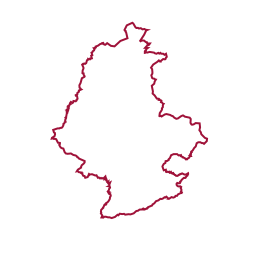 San Cristóbal de la Barranca, Jalisco, Mexico, rotated 233°
{"feature_id": "50627088B30385640574129", "entity_name": "San Cristóbal de la Barranca", "entity_type": "district", "adm_level": 2, "iso_a3": "MEX", "parent_name": "Mexico", "parent_adm1": "Jalisco", "projection": "equal_earth", "projection_center": [-103.519, 21.046], "detail": "fine", "context": "isolated", "style": "outline", "palette": "rose", "viewbox_px": 256, "rotation_deg": 233, "n_neighbors": 0, "source": "geoboundaries", "source_scale": "gbopen_adm2", "svg_char_len": 5750}
<svg xmlns="http://www.w3.org/2000/svg" viewBox="0 0 256 256"><g transform="rotate(233 128 128)"><path d="M206.2,129.5L203.1,128.8L202.3,128.2L201.3,126.5L199.3,124.7L198.3,125.4L197.6,124.7L195.4,124.5L195.1,124.0L195.5,121.1L192.5,117.2L191.4,114.9L189.4,113.6L188.3,113.8L188.0,113.5L186.9,113.9L187.5,111.3L186.5,110.6L186.5,108.7L185.4,107.8L185.7,106.0L185.2,105.8L184.7,106.6L184.1,106.5L181.7,105.3L181.5,103.8L180.9,103.5L180.8,102.3L182.4,100.7L181.4,99.5L181.4,98.7L183.2,98.1L182.7,96.5L182.2,96.0L181.6,96.3L181.6,93.0L181.3,92.6L180.5,93.3L180.2,92.6L179.5,92.7L179.2,92.1L179.5,90.6L179.0,90.4L179.1,90.0L178.7,90.2L178.6,89.8L178.2,90.2L178.0,89.8L177.8,90.3L177.0,89.1L177.0,88.5L176.5,88.4L176.4,87.8L174.1,85.3L173.9,84.3L173.2,84.5L172.1,82.5L170.5,81.9L170.8,81.0L170.0,79.9L170.2,79.0L168.9,77.8L168.1,75.9L168.1,75.1L168.9,73.9L168.9,73.1L170.1,71.4L171.5,67.1L169.0,66.2L168.0,66.6L166.8,65.9L165.7,64.4L165.9,61.4L165.4,60.7L164.8,61.9L164.2,62.4L163.8,62.3L163.1,63.4L162.3,63.9L158.4,63.2L157.1,64.6L156.2,64.0L155.9,62.9L154.8,62.7L153.0,62.5L151.7,63.0L150.5,64.0L146.9,62.9L145.1,63.0L143.7,64.3L142.0,67.1L139.4,68.1L137.5,69.7L136.2,70.1L135.2,69.9L134.4,70.5L133.2,70.4L127.7,73.5L126.6,72.6L126.2,71.0L126.1,68.6L125.2,67.1L124.6,66.7L124.9,62.9L124.2,61.1L123.8,61.9L122.4,62.1L120.4,64.1L120.1,63.6L119.3,64.2L119.1,63.8L116.7,63.5L115.8,64.4L114.0,63.9L113.1,66.2L113.6,66.9L113.7,68.3L114.6,68.7L114.8,69.2L113.9,69.4L112.7,71.5L109.7,73.3L109.2,74.4L106.4,74.0L106.1,74.9L104.5,75.3L104.4,76.4L103.3,76.8L103.2,77.6L102.5,78.0L102.9,80.8L101.8,80.3L101.1,78.8L100.7,79.8L100.1,79.3L99.7,79.8L98.9,79.1L97.9,79.5L97.4,78.9L97.1,79.1L97.1,80.0L96.3,79.1L96.3,78.1L95.9,79.4L95.4,79.2L95.2,80.9L94.0,79.0L93.1,78.5L93.2,77.6L92.7,78.2L91.7,77.6L91.4,77.9L91.1,77.7L90.9,76.5L90.0,75.5L89.5,73.8L87.9,74.6L88.1,73.4L86.6,73.3L85.9,74.1L84.5,73.6L83.9,72.9L83.6,72.0L82.3,70.8L81.3,68.4L81.0,66.9L81.2,65.4L80.3,64.9L80.1,64.1L80.9,63.8L80.8,62.8L79.7,61.1L79.5,60.1L79.1,60.0L78.8,57.4L77.6,56.1L76.5,55.7L76.2,55.0L73.4,54.8L72.5,53.0L71.3,54.4L71.4,55.6L70.5,56.9L68.6,58.3L68.0,59.3L65.9,60.8L64.8,64.1L65.0,67.4L64.1,67.8L64.5,69.8L62.7,71.6L61.8,73.2L60.5,73.6L58.8,76.6L57.5,78.0L56.4,81.2L56.7,84.7L55.9,86.2L55.9,88.1L54.6,90.0L54.6,90.9L53.9,90.9L53.1,91.9L53.6,92.2L53.0,92.5L52.5,94.2L52.2,94.4L52.6,95.2L52.3,95.8L52.7,96.3L51.6,100.7L52.2,101.6L52.0,103.6L52.7,106.4L51.9,108.7L52.0,111.2L51.2,111.9L50.7,113.1L50.7,115.5L50.1,115.8L50.1,117.3L47.9,117.7L47.6,117.2L46.8,118.0L46.6,121.2L45.2,122.2L44.7,123.8L45.2,125.1L44.3,126.4L44.9,127.9L44.3,131.1L43.9,131.6L43.5,130.9L44.1,132.3L45.5,132.1L45.8,132.9L46.9,133.7L48.3,133.9L48.9,135.0L49.9,134.7L51.1,133.0L52.0,132.6L53.3,132.6L54.2,133.2L54.5,134.3L53.3,135.2L52.7,136.3L53.3,137.4L53.8,137.4L53.9,139.0L54.3,139.5L54.6,142.5L53.9,143.3L54.0,144.1L53.7,144.2L54.5,146.3L54.2,146.7L55.1,148.4L55.7,148.7L55.9,146.4L56.8,145.1L59.2,143.9L59.3,142.8L59.9,142.1L59.6,141.0L60.1,140.3L59.9,138.8L60.9,137.6L61.9,137.6L62.5,137.0L63.5,137.1L64.0,136.5L64.9,137.0L65.5,135.7L66.9,135.9L66.7,134.9L66.9,134.5L68.1,134.8L68.3,133.9L69.2,133.5L69.4,132.5L70.1,132.0L71.9,133.1L72.7,131.1L76.5,132.3L77.0,133.1L77.8,135.0L77.6,136.8L78.9,138.1L78.0,139.8L78.2,140.6L78.0,141.3L78.6,141.8L78.8,143.5L80.3,146.0L79.7,148.7L77.6,151.5L75.7,151.9L75.0,153.2L74.2,153.2L74.2,153.8L73.4,153.4L72.0,154.3L71.6,154.0L69.9,155.2L68.6,155.3L68.1,156.1L67.8,155.8L67.4,156.5L67.8,157.0L67.5,158.9L67.8,159.2L68.1,161.0L67.8,161.4L68.4,161.5L68.9,161.1L68.9,162.0L69.6,162.0L69.6,162.9L70.6,163.7L70.4,164.3L71.1,164.5L71.1,166.1L72.2,168.8L72.5,171.0L74.5,173.7L74.3,175.5L73.2,177.1L71.5,177.9L70.9,178.8L69.6,179.2L70.1,183.0L71.9,184.7L73.8,183.5L78.9,182.8L80.8,183.6L83.3,183.7L85.1,185.9L88.6,188.0L91.2,185.0L91.4,182.6L92.1,181.1L92.7,180.8L94.5,181.0L97.4,183.5L99.1,183.5L102.9,180.2L104.7,179.7L105.1,179.2L105.5,177.5L105.6,173.6L106.3,172.1L108.4,171.2L110.6,170.9L111.6,170.1L113.0,169.6L116.0,167.1L116.7,165.5L117.0,161.8L117.9,161.6L118.3,160.5L118.7,160.3L120.8,162.4L121.9,165.5L122.6,166.6L123.3,166.9L123.7,168.4L125.2,169.5L125.8,170.8L126.1,170.4L127.7,170.6L128.8,169.9L129.7,171.1L130.6,170.8L131.9,169.5L132.4,170.3L132.8,170.2L134.1,168.7L137.9,168.9L140.7,168.4L142.2,169.9L147.4,172.4L147.6,175.6L149.1,177.3L149.9,179.3L150.4,178.8L151.4,178.8L152.4,177.8L153.5,177.4L156.1,178.4L156.7,180.1L157.9,181.1L160.5,182.7L162.3,182.7L163.5,186.3L163.2,191.2L163.4,193.3L162.2,193.3L161.4,194.1L161.8,194.5L161.9,197.6L160.6,198.8L160.5,199.4L161.3,200.6L161.5,201.8L164.4,203.0L164.5,201.2L166.1,200.8L167.4,199.2L168.5,199.1L168.6,197.7L169.8,197.4L170.2,195.4L171.7,194.3L172.5,194.2L175.7,191.1L176.7,188.7L177.7,188.2L177.6,187.3L177.9,186.7L179.1,187.6L179.5,188.6L179.3,189.2L180.0,190.2L180.0,191.9L181.7,189.9L182.2,192.5L182.2,192.9L181.8,194.9L182.3,196.4L183.9,194.2L185.1,194.7L185.8,194.0L188.2,193.4L189.6,191.6L189.7,190.3L190.3,190.2L192.8,197.1L194.7,200.7L194.9,201.6L194.7,202.4L195.9,201.2L197.2,200.7L198.1,198.9L200.0,198.3L200.9,196.6L202.0,196.2L202.8,194.9L204.0,194.6L208.3,195.1L209.4,194.8L210.7,188.8L208.4,184.2L207.7,184.1L206.7,184.5L206.2,184.0L205.4,184.0L200.0,181.6L202.1,174.3L201.3,166.4L203.9,163.8L208.3,162.4L208.1,160.0L208.6,159.5L210.0,158.8L210.3,159.3L210.9,159.4L211.5,158.0L211.4,157.1L211.8,156.3L211.8,153.7L212.5,151.2L211.7,150.8L212.1,149.6L211.7,149.4L212.2,148.7L211.2,148.6L210.4,147.6L210.5,146.0L209.9,145.1L210.1,144.2L207.7,143.4L207.9,142.1L205.4,141.1L205.9,140.1L205.7,139.6L206.3,139.5L206.3,138.1L207.2,137.7L206.6,137.0L206.8,136.0L205.0,133.7L205.0,132.5L205.7,132.1L206.0,131.4L205.8,131.0L206.3,130.6L206.2,129.5Z" fill="none" stroke="#9f1239" stroke-width="2"/></g></svg>